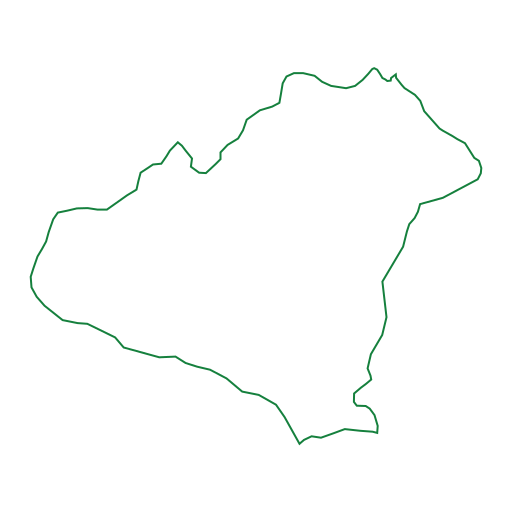 the district of Boda, Lobaye, Central African Republic
{"feature_id": "33826404B82101327169951", "entity_name": "Boda", "entity_type": "district", "adm_level": 2, "iso_a3": "CAF", "parent_name": "Central African Republic", "parent_adm1": "Lobaye", "projection": "albers", "projection_center": [17.344, 4.053], "detail": "fine", "context": "isolated", "style": "outline", "palette": "green", "viewbox_px": 512, "rotation_deg": 0, "n_neighbors": 0, "source": "geoboundaries", "source_scale": "gbopen_adm2", "svg_char_len": 1641}
<svg xmlns="http://www.w3.org/2000/svg" viewBox="0 0 512 512"><path d="M395.8,74.4L391.1,78.0L390.7,80.6L387.3,81.0L385.4,79.5L382.4,78.0L380.2,74.2L377.2,69.7L374.2,68.2L372.3,69.0L368.2,73.9L362.6,79.9L355.1,85.9L346.1,88.2L331.1,85.9L322.1,81.8L314.6,75.8L303.0,73.1L294.0,73.1L286.5,76.5L282.7,83.3L280.9,94.2L279.4,102.8L272.2,106.6L259.9,110.3L246.7,119.7L243.0,130.3L238.1,138.5L227.6,144.9L220.5,152.4L220.5,159.2L215.6,164.1L205.9,173.1L199.1,172.7L190.9,166.7L192.0,158.5L185.6,150.6L181.9,145.7L177.8,142.3L169.9,150.6L166.5,156.2L163.1,161.1L161.3,163.7L153.0,164.5L148.1,167.8L140.6,172.7L138.4,181.0L136.5,189.6L127.1,195.3L106.9,209.6L97.5,209.6L87.7,208.1L76.9,208.4L67.1,210.7L57.8,212.6L53.2,219.3L48.7,232.1L46.1,241.5L42.0,249.0L37.5,256.5L33.3,268.6L30.7,276.8L31.5,287.4L36.7,296.8L44.6,305.8L57.3,315.9L62.6,320.1L77.6,323.1L87.3,323.8L115.1,337.4L123.7,347.5L159.3,357.3L175.5,356.6L185.6,363.0L197.2,366.7L210.0,369.7L226.5,378.4L242.2,391.6L258.7,394.9L276.0,404.7L284.6,417.1L299.5,443.8L304.0,439.9L311.6,436.3L321.0,437.7L333.7,433.2L344.8,429.1L360.4,430.8L372.6,431.7L377.2,432.9L377.7,425.9L374.5,415.1L369.7,408.6L365.7,406.0L356.8,405.7L353.9,401.9L354.1,393.5L360.9,387.7L366.1,383.8L371.2,379.5L370.5,375.7L367.6,368.4L370.9,354.2L382.2,335.0L386.5,317.2L382.4,281.6L403.1,246.7L406.9,231.5L409.3,224.1L414.6,218.1L417.9,211.8L420.1,204.1L442.9,197.8L477.7,179.3L480.8,173.3L481.3,168.0L478.9,160.8L474.3,157.9L465.0,143.2L457.3,139.1L452.7,136.2L442.9,130.7L439.5,128.5L424.2,111.2L420.3,100.9L415.0,94.9L404.5,88.1L401.6,84.8L396.1,77.8L395.8,74.4Z" fill="none" stroke="#15803d" stroke-width="2"/></svg>